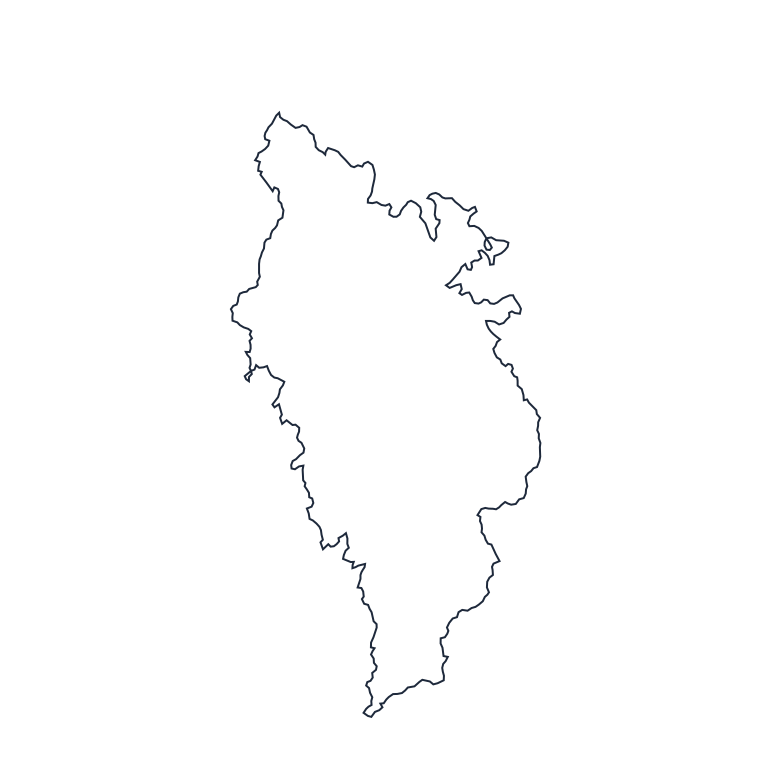 the district of Bom Jardim da Serra, Santa Catarina, Brazil, rotated 151°
{"feature_id": "56859067B26103840950670", "entity_name": "Bom Jardim da Serra", "entity_type": "district", "adm_level": 2, "iso_a3": "BRA", "parent_name": "Brazil", "parent_adm1": "Santa Catarina", "projection": "albers", "projection_center": [-49.659, -28.371], "detail": "fine", "context": "isolated", "style": "outline", "palette": "slate", "viewbox_px": 768, "rotation_deg": 151, "n_neighbors": 0, "source": "geoboundaries", "source_scale": "gbopen_adm2", "svg_char_len": 6163}
<svg xmlns="http://www.w3.org/2000/svg" viewBox="0 0 768 768"><g transform="rotate(151 384 384)"><path d="M494.0,459.9L490.3,459.4L486.7,462.5L485.3,458.7L481.3,457.0L477.6,456.4L478.3,451.5L478.4,446.6L476.8,442.8L474.2,440.6L470.1,434.3L473.1,431.8L477.6,429.8L479.8,426.9L483.1,423.8L491.5,420.2L491.1,416.7L485.7,417.2L488.2,406.7L491.3,404.8L492.4,398.5L486.8,399.5L483.9,392.5L481.1,391.3L479.4,386.8L481.4,383.5L483.9,381.5L486.1,379.2L486.3,375.7L484.7,372.6L485.0,366.3L487.7,363.0L492.0,362.5L497.4,360.9L501.2,360.9L504.5,358.1L505.8,354.9L503.2,352.6L498.3,353.1L494.1,351.7L496.7,348.5L501.4,338.9L500.7,335.5L503.0,333.0L502.6,329.5L502.4,325.2L504.3,321.2L502.3,318.7L503.5,314.2L506.8,311.8L511.8,312.5L512.6,307.2L514.5,302.1L512.4,299.2L510.7,294.7L509.7,290.4L510.0,286.8L511.7,282.4L513.0,277.4L516.3,276.3L517.5,269.0L510.4,270.9L509.5,267.6L506.5,266.4L503.1,266.9L499.6,268.1L498.5,271.3L493.6,271.3L489.6,272.0L490.9,266.6L493.6,261.9L494.2,257.8L498.4,256.8L502.0,253.9L504.6,250.9L499.4,244.4L496.7,243.1L499.2,240.9L500.9,238.2L497.7,237.6L494.5,237.6L487.8,235.8L489.8,233.2L492.5,231.8L495.0,230.3L497.2,228.3L499.1,224.9L505.7,218.8L502.7,216.5L502.8,212.6L504.8,207.9L507.6,206.6L507.9,201.4L505.0,198.5L505.6,194.4L505.5,190.4L508.1,181.5L506.9,177.6L508.5,174.5L516.0,167.6L520.7,164.1L523.1,160.0L520.4,157.5L523.5,155.9L526.5,153.7L526.1,148.9L528.0,145.0L527.2,140.7L529.6,137.9L534.4,137.0L536.2,132.7L539.7,130.9L543.1,131.4L545.8,128.9L544.5,125.3L545.9,120.7L546.1,115.7L548.8,112.9L550.5,109.3L554.0,109.3L557.1,108.5L561.3,106.3L559.0,101.5L556.5,99.0L550.9,101.6L546.3,101.0L542.1,102.0L542.1,106.2L539.0,104.9L535.0,106.9L531.6,107.9L526.4,108.4L522.5,106.4L518.1,105.0L514.1,105.7L510.3,107.0L503.9,104.8L497.4,106.3L493.9,106.7L488.1,101.6L486.5,97.4L482.2,96.3L475.4,95.9L473.0,99.8L472.0,103.9L470.7,107.5L467.9,110.5L464.5,111.7L460.5,114.4L463.8,117.2L460.7,125.0L460.3,129.6L457.7,134.1L453.5,133.0L449.7,134.9L447.4,136.9L447.0,140.5L442.7,143.5L437.6,145.6L433.2,144.7L429.4,148.3L425.1,148.5L420.8,145.2L416.0,145.6L412.0,144.7L407.9,145.1L402.9,146.1L399.0,148.9L395.7,149.6L393.2,150.9L392.6,156.2L389.6,161.0L385.7,163.5L381.3,164.2L379.2,168.7L378.2,171.7L375.3,173.8L368.8,173.1L368.7,181.2L367.9,191.5L370.5,194.0L370.6,198.5L369.7,202.7L370.6,207.0L368.4,210.0L366.8,213.7L366.5,217.6L364.1,221.0L365.8,224.0L359.5,227.4L355.5,226.5L352.9,224.3L349.1,222.0L346.7,220.1L343.1,220.3L340.2,221.2L335.3,222.1L333.6,219.4L331.3,216.8L326.9,215.2L321.7,217.6L317.1,216.5L313.2,219.4L310.8,223.0L308.2,225.2L307.0,229.2L305.0,234.3L301.1,236.1L297.5,236.5L294.1,237.9L290.4,237.2L285.4,241.4L282.6,244.7L278.3,253.2L275.8,256.6L275.0,261.5L272.7,265.2L272.4,269.3L269.5,272.7L267.7,275.8L263.9,278.7L264.9,283.6L263.5,287.3L266.3,297.4L266.3,301.1L269.6,302.0L267.4,306.7L266.0,312.7L267.9,317.8L265.5,322.2L264.3,325.3L266.3,327.7L266.6,332.9L263.8,335.0L263.2,338.9L265.7,341.4L269.0,340.7L271.0,345.0L270.4,349.0L272.4,352.6L272.3,357.7L271.4,361.7L267.9,363.2L264.8,365.9L260.8,366.6L262.7,370.9L264.2,374.8L265.1,378.1L265.6,381.7L265.3,386.0L264.2,389.7L260.3,387.5L257.0,384.8L254.5,380.3L249.8,379.4L245.6,381.0L241.7,381.9L240.1,385.6L236.9,385.5L235.1,382.6L231.1,379.6L227.8,383.3L227.6,387.6L228.4,395.7L228.1,399.0L231.1,400.6L238.8,401.4L245.3,400.3L248.9,400.7L252.0,403.0L252.7,407.1L255.8,409.4L259.4,408.3L262.3,408.5L265.4,410.8L265.7,414.1L265.0,417.9L265.1,422.7L268.0,423.9L272.6,424.1L274.0,426.9L270.0,429.3L268.6,434.2L272.9,435.4L280.0,436.2L281.9,440.3L277.5,440.6L273.6,441.9L263.5,445.6L259.6,448.6L254.7,449.5L255.3,443.8L252.7,441.7L250.3,443.5L248.8,447.9L245.0,448.1L242.1,446.5L237.6,447.0L236.9,454.3L233.8,453.6L232.2,449.9L231.2,445.8L231.7,441.2L233.4,436.9L230.1,435.6L225.4,442.4L221.2,441.7L217.9,441.5L213.5,442.4L209.3,444.1L206.7,447.3L209.6,451.1L216.2,455.4L219.1,460.2L223.8,461.8L224.3,470.5L225.6,474.6L228.4,478.5L232.8,480.6L232.6,484.1L229.6,486.3L227.3,488.7L223.1,489.6L219.3,490.0L218.6,494.8L221.5,495.2L226.2,494.6L229.7,498.4L231.2,503.5L233.4,508.8L234.5,513.6L240.4,516.6L242.5,518.9L243.8,523.0L246.1,526.0L249.4,527.0L252.5,527.1L255.9,525.4L253.3,523.0L251.8,520.0L252.0,515.5L257.6,507.4L258.4,502.9L255.9,500.4L257.6,497.8L263.5,494.8L266.9,487.1L270.8,485.0L272.4,489.7L269.9,504.5L271.6,512.8L267.9,516.6L266.6,521.0L268.5,526.7L271.5,531.2L275.1,531.5L277.7,530.0L281.4,529.0L285.1,527.2L288.0,524.7L291.9,524.2L294.7,525.7L297.2,529.7L295.1,532.9L291.9,534.9L292.1,538.8L296.3,539.3L299.4,541.8L302.2,546.6L306.5,547.8L310.2,550.5L308.3,553.6L304.3,555.4L301.2,558.1L299.4,560.7L293.2,567.7L290.4,571.6L288.9,576.4L287.9,581.2L290.3,586.1L294.6,586.5L297.6,584.7L300.8,587.9L305.0,588.1L307.2,590.5L309.1,598.8L310.9,605.3L311.5,609.2L313.7,612.3L318.5,617.5L322.4,615.4L324.2,613.1L325.2,616.5L327.7,620.1L328.8,624.5L326.9,628.2L326.4,631.9L324.9,636.0L326.9,639.9L327.0,646.6L329.8,649.9L333.3,649.7L337.2,650.9L339.7,656.1L341.4,660.9L343.9,663.9L345.5,667.8L344.2,672.1L348.1,671.0L355.8,666.0L360.6,664.5L363.2,662.7L365.9,661.3L368.2,658.8L369.2,655.7L366.3,652.3L369.7,648.6L374.0,647.2L378.4,646.7L381.8,646.8L384.3,644.3L388.2,642.2L384.9,638.4L388.0,635.3L390.7,631.5L388.1,628.9L390.6,627.0L389.1,616.8L387.9,606.6L384.6,609.1L382.2,606.0L382.7,602.5L385.2,599.6L387.4,595.4L386.3,591.6L387.4,588.4L387.7,584.7L392.2,578.7L397.2,578.4L400.7,574.6L403.6,573.2L407.2,572.3L410.2,570.0L412.8,566.7L416.9,567.3L420.0,565.6L423.3,560.7L427.0,558.2L429.8,555.4L432.4,553.3L435.0,549.7L439.5,541.6L440.6,538.0L445.3,535.0L446.4,531.8L449.2,530.9L455.8,532.5L459.3,531.3L462.6,532.5L466.3,532.9L469.4,530.4L471.8,527.0L474.3,524.9L478.0,525.4L481.6,523.7L481.9,519.3L484.1,516.2L485.8,512.8L482.4,509.0L481.5,505.4L479.2,501.5L476.0,498.0L474.5,494.6L477.4,492.4L477.3,488.0L480.7,486.9L481.7,483.0L483.5,479.6L486.0,477.1L489.3,479.1L489.4,475.6L488.5,471.5L491.2,465.7L493.8,463.3L494.0,459.9ZM223.8,461.8L223.4,454.5L223.6,451.0L226.5,449.9L229.2,451.8L229.0,456.3L227.1,459.3L223.8,461.8ZM494.0,459.9L502.0,458.4L502.3,455.0L500.8,451.9L498.7,455.6L494.8,456.8L494.0,459.9Z" fill="none" stroke="#1e293b" stroke-width="2"/></g></svg>